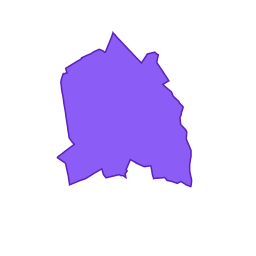 Stende, Talsi, Latvia (Albers equal-area conic projection), rotated 301°
{"feature_id": "27541924B78924471245845", "entity_name": "Stende", "entity_type": "district", "adm_level": 2, "iso_a3": "LVA", "parent_name": "Latvia", "parent_adm1": "Talsi", "projection": "albers", "projection_center": [22.538, 57.141], "detail": "fine", "context": "isolated", "style": "filled", "palette": "violet", "viewbox_px": 256, "rotation_deg": 301, "n_neighbors": 0, "source": "geoboundaries", "source_scale": "gbopen_adm2", "svg_char_len": 2383}
<svg xmlns="http://www.w3.org/2000/svg" viewBox="0 0 256 256"><g transform="rotate(301 128 128)"><path d="M174.4,164.5L174.9,163.1L175.9,159.4L176.9,158.0L178.5,150.4L181.3,146.7L182.7,138.0L183.3,135.4L189.5,138.7L193.5,130.5L193.7,130.1L193.8,129.9L197.7,121.6L198.9,119.0L200.5,118.3L206.4,116.2L206.1,115.2L206.8,111.9L201.5,106.5L190.8,106.0L190.7,106.0L194.0,93.5L194.5,92.3L194.5,92.1L194.7,91.1L197.4,81.5L200.0,72.1L201.0,69.4L201.7,66.7L201.9,66.1L201.7,66.2L197.2,67.1L189.6,68.3L188.8,68.5L188.6,68.4L181.2,69.6L181.0,69.3L181.2,66.5L180.7,62.9L175.7,59.4L172.6,58.0L169.3,55.5L165.2,52.7L164.7,52.4L164.3,52.1L164.0,52.6L162.1,51.8L157.1,49.1L147.4,44.0L147.1,44.0L146.5,44.3L143.8,47.4L143.6,47.2L143.2,46.7L142.9,46.3L142.7,46.1L142.4,45.9L142.1,45.7L141.7,45.4L141.2,45.2L140.7,45.0L140.9,44.8L141.0,44.6L140.3,44.7L137.6,45.3L134.9,45.9L134.0,46.5L132.8,46.7L130.7,48.4L126.6,51.5L124.9,53.0L124.5,53.2L123.0,54.8L121.6,56.0L120.1,57.3L118.4,58.6L116.7,59.9L115.7,60.7L115.0,61.3L113.4,62.7L111.8,64.1L110.2,65.5L108.6,66.8L107.9,67.4L106.2,68.7L104.6,70.0L102.9,71.4L101.3,72.7L99.7,74.1L98.0,75.5L96.3,76.8L94.6,78.2L93.0,79.6L91.4,80.9L89.3,82.6L89.0,83.3L88.0,85.5L87.2,87.5L87.0,88.0L86.4,90.4L75.8,86.1L71.7,84.6L67.2,82.7L66.2,82.8L65.6,92.6L64.4,93.8L62.8,95.2L57.7,100.0L56.8,101.0L49.2,107.2L58.1,113.8L61.5,116.7L61.8,116.9L62.7,117.7L73.3,123.1L79.4,126.6L78.6,127.6L75.4,131.0L74.0,134.8L83.4,144.4L83.5,146.3L84.7,148.4L84.4,151.7L87.4,149.1L90.7,149.4L91.5,147.8L101.3,146.4L102.1,146.3L102.4,153.2L102.1,153.3L102.2,153.7L102.6,156.8L102.6,157.3L103.2,161.4L103.3,162.0L103.6,162.3L104.0,162.9L106.5,165.9L106.9,166.4L107.1,166.6L107.2,166.8L107.2,167.0L107.1,167.3L101.9,171.9L100.7,172.8L99.9,173.7L98.0,175.9L97.8,176.0L98.0,176.2L100.0,178.7L100.1,179.0L101.6,181.2L103.2,183.3L104.5,184.9L103.2,188.7L104.7,192.7L105.9,198.7L109.4,200.9L109.3,207.5L109.9,210.9L109.9,211.3L110.0,211.8L110.1,212.0L112.0,211.4L115.4,209.8L116.7,208.9L117.4,208.2L117.7,207.8L118.1,207.5L119.0,206.6L119.2,206.4L122.8,203.1L127.4,200.3L128.6,199.6L136.4,196.5L141.3,193.5L143.6,190.4L143.9,190.0L147.8,184.6L148.8,183.5L154.5,180.6L155.2,180.1L155.6,179.5L156.6,177.0L156.7,176.6L158.2,171.2L158.2,171.3L160.5,169.6L163.4,167.4L163.6,167.2L166.5,166.8L168.4,166.1L169.5,165.5L170.6,165.6L174.4,164.5Z" fill="#8b5cf6" stroke="#5b21b6" stroke-width="1.5"/></g></svg>